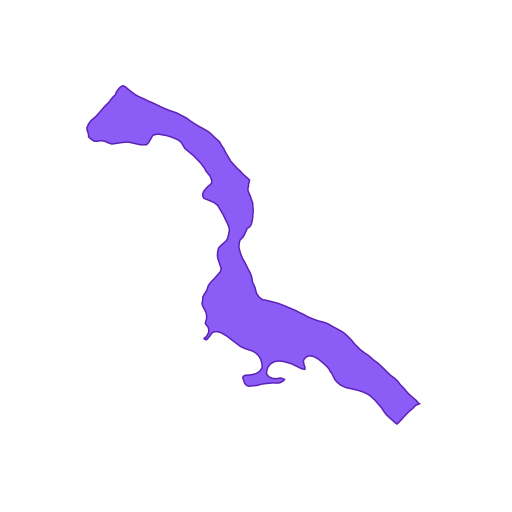 the district of VI-6 Upper Canje/Corentyn, East Berbice-Corentyne, Guyana, rotated 106°
{"feature_id": "73187651B40141145905740", "entity_name": "VI-6 Upper Canje/Corentyn", "entity_type": "district", "adm_level": 2, "iso_a3": "GUY", "parent_name": "Guyana", "parent_adm1": "East Berbice-Corentyne", "projection": "equal_earth", "projection_center": [-57.578, 5.103], "detail": "fine", "context": "isolated", "style": "filled", "palette": "violet", "viewbox_px": 512, "rotation_deg": 106, "n_neighbors": 0, "source": "geoboundaries", "source_scale": "gbopen_adm2", "svg_char_len": 3770}
<svg xmlns="http://www.w3.org/2000/svg" viewBox="0 0 512 512"><g transform="rotate(106 256 256)"><path d="M353.0,58.1L352.6,59.4L350.6,62.3L348.6,66.8L346.4,71.3L344.6,74.2L342.1,77.9L339.9,81.9L337.3,85.2L335.1,89.6L333.6,93.7L331.4,97.9L329.0,102.3L327.2,105.7L325.4,109.3L323.8,113.7L320.6,120.5L319.3,124.8L317.1,130.3L315.4,133.3L313.8,136.4L310.8,140.6L308.5,144.7L306.0,149.4L304.7,153.5L303.7,158.0L302.6,163.3L301.2,168.5L301.0,173.0L301.2,178.2L300.8,184.2L300.1,189.9L299.2,193.5L298.4,198.3L297.5,202.8L296.8,208.3L296.2,213.5L295.7,217.8L295.4,222.0L295.5,225.5L295.6,230.1L295.8,234.1L296.2,237.5L294.9,241.3L292.1,244.9L289.3,246.7L286.7,248.2L284.4,250.1L282.1,252.1L279.4,253.3L275.9,255.3L272.9,257.8L270.8,259.9L265.2,265.0L262.1,268.2L258.8,270.9L255.4,273.1L252.4,274.8L248.8,275.6L245.2,275.8L241.7,273.8L238.6,273.0L235.4,272.5L232.2,272.1L229.6,270.1L227.1,269.3L224.0,269.3L220.1,269.7L217.2,270.4L213.4,271.1L209.5,272.6L206.2,273.7L202.5,276.3L199.4,278.4L196.3,281.1L194.0,282.3L191.5,282.4L188.8,282.9L184.8,283.1L182.7,287.1L181.1,290.8L178.8,294.4L177.0,298.0L174.2,302.7L171.9,306.3L169.1,309.2L167.1,311.4L164.4,314.2L161.6,316.7L158.9,320.0L156.3,322.5L154.6,326.0L153.2,328.8L151.0,332.9L149.6,336.1L147.9,342.7L146.8,347.9L145.5,352.4L144.2,356.6L142.6,360.5L141.0,368.3L140.3,372.0L140.1,375.7L139.9,380.1L139.4,384.5L138.8,388.7L137.9,393.8L137.2,398.0L136.8,401.8L135.8,407.3L135.2,412.0L134.3,416.3L132.7,420.4L131.3,424.1L129.6,427.6L128.9,430.7L130.7,432.8L133.6,434.3L137.1,435.5L139.6,435.5L142.7,437.4L145.8,438.7L148.5,439.6L151.7,441.5L154.0,442.7L157.0,444.1L159.8,445.4L163.0,446.9L165.6,448.2L167.9,449.6L170.5,451.4L172.8,452.6L176.1,453.5L179.4,453.9L182.2,452.7L184.7,450.8L187.7,449.7L188.9,447.3L190.2,443.4L189.6,440.4L188.0,437.4L187.4,433.3L188.0,428.8L188.1,425.4L183.6,415.5L181.8,410.6L181.6,408.7L180.9,397.4L179.2,391.9L176.5,390.4L168.5,388.5L167.5,387.1L165.8,383.9L164.9,375.1L165.0,369.7L165.8,363.2L167.2,359.4L172.2,354.1L177.0,343.3L182.0,334.7L185.8,329.7L187.8,327.9L192.1,321.9L195.9,319.2L198.3,318.7L203.3,321.9L207.9,324.0L210.8,324.4L213.6,323.4L214.9,321.9L215.2,319.0L216.2,310.8L218.0,306.7L225.7,298.6L227.0,297.5L227.6,296.9L228.6,296.1L232.7,292.3L236.0,289.8L238.8,288.6L246.7,288.1L249.7,288.9L255.3,292.5L258.6,294.2L262.6,294.0L263.0,293.9L266.3,293.2L267.9,292.5L268.6,292.2L277.2,286.3L277.2,286.0L280.5,285.8L289.8,290.1L292.2,291.5L293.6,292.2L297.4,293.7L302.3,293.8L306.8,295.1L307.1,295.2L310.3,295.9L311.9,295.3L312.3,295.2L317.0,294.7L319.7,292.6L321.8,290.6L324.4,288.2L327.9,286.7L330.1,286.2L334.8,286.2L337.8,282.3L339.1,281.4L342.3,280.4L347.2,281.5L349.4,283.2L349.9,283.1L350.4,281.0L349.5,280.0L346.5,278.7L346.2,278.6L345.8,278.4L342.4,277.2L340.6,275.8L339.4,272.4L339.3,268.7L341.2,261.3L343.3,256.3L347.4,245.5L348.0,241.2L348.4,232.6L349.2,229.8L350.7,226.6L353.7,223.2L358.0,220.5L361.7,219.3L365.9,220.7L369.2,223.7L371.8,228.4L373.6,233.5L375.2,235.1L376.7,235.2L381.6,231.7L383.0,229.5L383.1,227.0L380.2,219.5L377.3,214.7L373.3,204.8L372.3,200.6L371.3,198.1L368.6,195.3L367.0,194.8L366.9,194.7L366.5,196.6L366.5,198.7L368.4,202.8L369.1,206.7L368.5,210.3L367.2,212.5L365.6,213.7L361.9,214.1L359.3,213.8L355.7,212.3L352.5,209.2L350.6,205.2L349.8,200.7L349.8,192.2L351.8,180.9L351.5,177.8L349.5,178.2L347.4,179.8L344.9,181.0L343.9,181.6L340.9,181.0L338.0,178.7L337.1,176.5L336.7,172.6L338.1,167.1L342.0,158.5L344.5,154.7L347.2,152.2L347.3,151.4L353.2,146.0L354.7,143.7L356.7,139.5L357.7,133.3L357.0,121.4L357.2,115.4L357.9,111.2L358.8,107.9L361.9,101.7L367.7,93.0L370.8,89.5L373.1,86.2L377.7,76.7L378.7,74.2L376.6,72.8L373.1,71.1L370.2,69.7L366.1,67.6L362.6,65.6L359.5,63.4L355.6,61.4L353.0,58.1Z" fill="#8b5cf6" stroke="#5b21b6" stroke-width="1.5"/></g></svg>